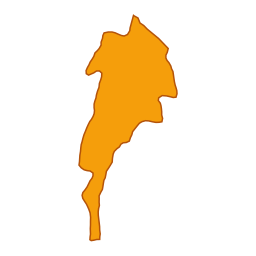 IV-2 Buxton/Mahaica, Demerara-Mahaica, Guyana (orthographic projection)
{"feature_id": "73187651B35939089598366", "entity_name": "IV-2 Buxton/Mahaica", "entity_type": "district", "adm_level": 2, "iso_a3": "GUY", "parent_name": "Guyana", "parent_adm1": "Demerara-Mahaica", "projection": "orthographic", "projection_center": [-58.08, 6.451], "detail": "fine", "context": "isolated", "style": "filled", "palette": "amber", "viewbox_px": 256, "rotation_deg": 0, "n_neighbors": 0, "source": "geoboundaries", "source_scale": "gbopen_adm2", "svg_char_len": 2067}
<svg xmlns="http://www.w3.org/2000/svg" viewBox="0 0 256 256"><path d="M99.7,239.4L99.8,236.7L100.2,233.9L99.7,230.2L99.6,226.5L99.2,222.9L98.7,218.8L98.3,215.3L98.2,211.8L98.6,208.5L99.4,205.4L99.1,202.2L99.2,198.9L99.1,195.8L100.8,192.2L102.4,189.4L102.9,186.5L103.3,183.8L103.9,180.3L105.2,177.8L105.9,174.3L106.4,171.3L108.8,167.7L110.6,164.8L112.2,162.1L112.5,158.0L113.2,154.0L114.3,151.4L116.8,148.8L119.4,146.9L120.9,144.2L123.2,142.8L126.3,142.5L129.3,141.1L130.4,137.7L131.8,134.8L132.6,131.7L134.7,129.0L137.4,125.6L139.3,123.3L141.9,121.7L145.4,120.7L148.7,120.9L152.5,121.8L155.9,122.4L159.0,122.3L161.9,121.8L162.6,118.4L161.7,115.0L161.7,111.7L161.4,108.5L161.0,105.8L160.3,103.2L158.3,100.5L158.7,97.8L162.1,95.6L166.5,95.9L170.5,96.8L173.2,97.5L176.0,97.2L177.0,93.8L176.8,90.6L176.1,88.0L175.1,84.9L174.4,81.7L173.9,78.3L173.4,74.6L172.9,71.4L171.6,68.9L170.8,66.0L169.0,62.8L167.0,60.4L165.9,58.0L165.9,55.2L167.3,52.2L168.2,48.5L167.8,48.1L158.7,38.6L147.3,29.2L143.8,25.6L140.0,23.0L138.0,18.0L134.0,15.8L133.5,15.4L130.1,27.9L129.8,30.7L127.5,34.5L124.2,36.0L121.4,35.5L118.5,34.3L115.1,32.8L112.0,32.0L108.3,32.0L104.1,32.9L102.9,35.5L102.5,38.4L101.1,42.2L101.1,45.1L99.2,48.5L97.3,50.7L95.0,52.9L93.8,56.4L92.0,59.4L90.2,62.0L88.9,65.0L87.5,67.4L86.1,70.6L86.3,73.7L88.6,75.1L91.1,74.0L93.7,72.9L96.5,71.0L99.5,71.0L101.8,73.1L101.6,76.8L100.7,79.9L99.4,83.3L99.0,87.3L97.5,91.2L96.4,95.1L96.0,97.9L94.8,101.3L94.1,104.1L94.1,107.8L94.5,110.4L94.2,113.5L93.1,116.4L91.5,119.3L89.8,121.5L88.3,124.5L86.8,127.8L85.3,131.6L84.0,134.7L82.9,138.4L82.1,141.7L81.2,144.7L80.8,148.0L80.5,151.5L79.9,155.2L79.7,158.1L79.5,161.5L79.0,165.1L81.2,167.8L84.1,169.8L87.0,170.6L90.1,171.0L93.0,173.0L93.0,175.8L92.0,178.3L90.0,180.9L88.7,183.7L87.0,187.1L84.8,190.2L82.9,192.5L82.1,195.3L82.8,198.4L84.8,201.6L86.4,204.0L87.6,206.5L88.8,209.2L90.1,212.9L90.6,217.2L90.5,221.4L90.5,225.0L90.3,228.6L90.4,231.3L90.5,234.2L90.1,236.9L90.0,238.7L89.9,239.7L91.2,240.6L93.8,240.2L96.6,239.5L99.7,239.4Z" fill="#f59e0b" stroke="#b45309" stroke-width="1.5"/></svg>